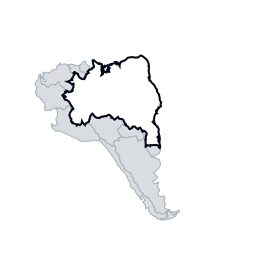 map of Brazil with Argentina, Chile, Uruguay and 7 others greyed out, rotated 320°
{"feature_id": "BRA", "entity_name": "Brazil", "entity_type": "country or territory", "adm_level": 0, "iso_a3": "BRA", "parent_name": "South America", "parent_adm1": "", "projection": "natural_earth1", "projection_center": [-55.283, -14.242], "detail": "fine", "context": "with_neighbors", "style": "outline", "palette": "ink", "viewbox_px": 256, "rotation_deg": 320, "n_neighbors": 10, "source": "natural_earth", "source_scale": "50m", "svg_char_len": 12830}
<svg xmlns="http://www.w3.org/2000/svg" viewBox="0 0 256 256"><g transform="rotate(320 128 128)"><path d="M106.3,218.0L108.4,221.4L111.3,223.0L114.3,223.7L113.4,225.1L111.4,225.2L110.3,224.2L106.7,224.2L106.3,218.0ZM129.5,153.7L128.3,159.0L128.3,161.9L127.8,162.6L127.5,166.0L130.5,168.4L130.2,170.5L131.7,171.7L131.6,173.1L129.4,176.9L125.9,178.4L121.3,179.0L118.7,178.7L119.3,180.5L118.8,182.6L119.3,184.1L117.9,185.1L115.6,185.5L113.4,184.4L112.5,185.2L112.9,188.1L114.5,188.9L115.7,188.0L116.4,189.5L114.4,190.4L112.6,192.2L112.4,195.1L111.9,196.6L109.8,196.6L108.1,198.1L107.6,200.2L109.9,202.3L112.0,202.9L111.4,205.4L108.8,207.0L107.6,210.3L105.7,211.4L104.8,212.7L105.7,215.6L107.3,217.2L99.1,216.3L98.0,214.7L97.9,212.6L96.5,212.7L95.6,211.7L95.2,208.8L96.8,207.5L97.3,205.7L97.0,204.3L98.0,201.9L98.5,198.1L98.2,196.4L99.1,195.9L98.8,194.8L97.7,194.2L98.4,193.0L97.3,191.9L96.6,188.6L97.4,188.0L96.8,184.5L97.7,179.0L99.0,177.9L98.2,175.1L98.0,172.4L99.7,170.5L99.5,168.1L100.8,165.3L100.6,162.6L100.0,162.0L98.7,157.0L100.1,154.0L99.7,151.2L100.5,148.5L102.0,145.8L103.6,144.0L102.9,142.8L103.4,141.9L103.2,137.0L105.8,135.6L106.5,132.6L106.2,131.9L108.2,129.2L111.4,129.9L112.9,132.0L113.8,129.7L116.6,129.8L121.5,135.2L123.5,135.6L126.5,137.8L129.0,138.9L129.4,140.2L127.0,144.6L132.2,145.9L134.1,145.4L136.3,143.2L136.7,140.6L137.9,140.0L139.1,141.7L139.1,144.1L135.4,146.9L129.5,153.7Z" fill="#d9dde1" stroke="#a8b0b8" stroke-width="1"/><path d="M106.3,218.0L106.7,224.2L110.3,224.2L109.6,225.3L107.9,226.2L101.7,224.7L96.6,221.7L93.3,218.6L101.3,222.0L102.3,220.7L102.8,218.8L104.7,217.7L106.3,218.0ZM99.8,116.8L101.1,118.8L101.4,120.9L102.7,122.2L102.0,125.0L103.4,128.2L104.5,132.3L106.2,131.9L106.5,132.6L105.8,135.6L103.2,137.0L103.4,141.9L102.9,142.8L103.6,144.0L102.0,145.8L100.5,148.5L99.7,151.2L100.1,154.0L98.7,157.0L100.0,162.0L100.6,162.6L100.8,165.3L99.5,168.1L99.7,170.5L98.0,172.4L98.2,175.1L99.0,177.9L97.7,179.0L96.8,184.5L97.4,188.0L96.6,188.6L97.3,191.9L98.4,193.0L97.7,194.2L98.8,194.8L99.1,195.9L98.2,196.4L98.5,198.1L98.0,201.9L97.0,204.3L97.3,205.7L96.8,207.5L95.2,208.8L95.6,211.7L96.5,212.7L97.9,212.6L98.0,214.7L99.1,216.3L106.4,217.1L104.4,217.1L101.6,218.7L101.4,221.3L100.5,221.4L98.0,220.5L92.6,217.0L91.7,215.2L92.2,213.6L90.9,211.7L90.2,206.9L90.9,204.2L93.0,202.0L89.6,201.2L91.5,198.7L91.9,193.9L94.5,194.9L95.3,189.0L93.7,188.2L93.2,191.8L91.8,191.4L92.6,182.0L93.6,180.0L92.7,177.2L92.3,173.9L93.3,173.8L95.9,164.4L96.7,160.1L95.9,155.7L96.6,153.3L96.1,149.7L97.4,146.2L98.8,127.9L97.9,119.1L99.2,118.3L99.8,116.8Z" fill="#d9dde1" stroke="#a8b0b8" stroke-width="1"/><path d="M129.5,153.7L131.0,153.4L133.5,155.6L134.3,155.5L138.7,159.0L140.0,161.0L139.0,162.4L139.6,164.0L138.6,165.9L135.9,167.5L134.2,166.9L132.9,167.2L130.7,166.0L129.1,166.0L127.7,164.4L127.8,162.6L128.3,161.9L128.3,159.0L129.5,153.7Z" fill="#d9dde1" stroke="#a8b0b8" stroke-width="1"/><path d="M99.6,97.6L102.8,97.8L103.3,96.9L106.8,94.6L110.0,94.1L109.9,99.4L112.7,102.0L115.4,102.5L116.4,103.5L119.1,105.0L120.7,104.9L122.1,105.8L122.8,109.6L122.1,109.6L123.0,113.0L127.8,113.1L127.4,114.8L127.7,116.0L129.1,116.8L129.6,118.6L129.2,120.9L128.5,122.1L128.8,123.8L128.0,124.4L128.0,123.5L125.7,122.0L123.4,122.0L119.1,122.8L118.0,125.4L117.9,126.9L117.0,130.4L116.6,129.8L113.8,129.7L112.9,132.0L111.4,129.9L108.2,129.2L106.2,131.9L104.5,132.3L103.4,128.2L102.0,125.0L102.7,122.2L101.4,120.9L101.1,118.8L99.8,116.8L101.3,113.7L100.2,111.3L100.7,110.3L100.3,109.2L101.2,107.8L101.3,103.3L101.8,102.3L99.6,97.6Z" fill="#d9dde1" stroke="#a8b0b8" stroke-width="1"/><path d="M98.6,78.3L96.3,78.2L93.9,79.2L91.1,81.1L90.9,82.5L90.3,83.5L90.5,85.1L89.0,85.9L89.1,87.1L88.4,87.7L89.5,90.3L90.9,92.0L90.4,93.3L92.0,93.4L93.0,95.0L95.2,95.1L97.2,93.4L97.1,97.8L98.2,98.1L99.6,97.6L101.8,102.3L101.3,103.3L101.2,107.8L100.3,109.2L100.7,110.3L100.2,111.3L101.3,113.7L99.2,118.3L97.9,119.1L95.4,117.4L95.2,116.2L90.2,113.3L83.7,108.3L82.6,105.9L83.0,105.1L80.8,101.3L74.0,86.7L70.2,83.6L71.0,82.3L69.8,79.6L70.5,77.6L72.5,75.7L72.8,76.9L72.1,77.6L72.2,78.7L74.2,78.8L75.3,80.2L76.7,79.0L77.1,77.1L78.7,74.6L81.7,73.4L84.4,70.4L85.2,68.5L84.8,66.3L85.5,66.0L89.1,69.5L90.6,72.6L92.4,72.9L93.8,72.2L94.7,72.7L96.2,72.4L98.2,73.8L96.6,76.7L97.3,76.8L98.6,78.3Z" fill="#d9dde1" stroke="#a8b0b8" stroke-width="1"/><path d="M106.1,62.2L105.6,62.6L104.4,60.0L103.6,61.0L98.7,60.9L98.8,62.7L100.2,63.0L100.1,64.1L99.6,63.8L98.2,64.3L98.2,66.4L99.3,67.5L99.7,69.1L98.6,78.3L97.3,76.8L96.6,76.7L98.2,73.8L96.2,72.4L94.7,72.7L93.8,72.2L92.4,72.9L90.6,72.6L89.1,69.5L85.5,66.0L84.8,66.3L82.5,64.7L81.8,65.1L79.7,64.7L79.1,63.5L76.1,61.9L75.8,61.0L76.7,60.8L76.6,59.3L77.2,58.3L78.4,58.1L80.5,54.7L79.5,54.0L80.0,52.3L79.5,49.7L80.0,48.9L79.7,46.5L78.7,44.9L79.0,43.5L79.8,43.7L80.3,42.9L79.7,41.2L80.0,40.8L81.3,40.8L83.2,38.8L84.3,38.5L84.8,35.1L86.3,33.8L87.8,33.7L88.0,33.1L90.0,33.3L92.9,31.2L94.2,29.8L95.0,30.0L95.7,30.8L95.2,31.7L93.6,32.2L92.9,33.7L91.2,35.6L90.2,39.4L91.4,39.5L92.3,41.5L92.2,44.4L92.9,44.6L93.4,45.6L96.7,45.3L98.1,45.7L99.8,48.2L104.1,47.7L105.0,48.2L103.9,50.7L103.7,52.8L105.0,56.3L103.8,57.7L105.3,59.4L106.1,62.2Z" fill="#d9dde1" stroke="#a8b0b8" stroke-width="1"/><path d="M119.8,48.6L121.8,51.6L120.9,52.7L116.3,54.3L115.6,54.9L111.7,53.9L111.3,54.1L112.4,54.9L112.6,58.6L114.7,58.9L114.9,59.5L113.1,60.3L112.8,61.5L109.9,62.7L109.4,63.6L107.5,63.8L106.1,62.2L105.3,59.4L103.8,57.7L105.0,56.3L103.7,52.8L103.9,50.7L105.0,48.2L104.1,47.7L99.8,48.2L98.1,45.7L96.7,45.3L93.4,45.6L92.9,44.6L92.2,44.4L92.3,41.5L91.4,39.5L90.2,39.4L91.2,35.6L92.9,33.7L93.6,32.2L95.2,31.7L95.1,32.4L93.6,32.8L94.4,34.1L94.4,35.6L93.3,37.3L94.2,39.6L95.2,39.4L95.8,37.3L95.1,36.3L95.0,34.1L98.1,32.9L97.8,31.5L98.7,30.6L99.5,32.7L101.3,32.7L102.9,34.3L102.9,35.3L107.8,35.0L109.3,36.3L111.2,36.7L112.6,35.8L112.6,35.0L118.7,34.8L116.6,35.7L117.4,37.0L119.4,37.3L121.3,38.7L121.7,41.0L123.0,40.9L123.9,41.6L122.0,43.3L121.7,44.4L122.6,45.5L120.4,46.5L120.5,47.8L119.8,48.6Z" fill="#d9dde1" stroke="#a8b0b8" stroke-width="1"/><path d="M132.0,60.4L130.0,60.2L129.1,61.0L127.2,61.6L126.9,62.2L125.7,62.1L124.2,60.7L123.4,57.9L123.8,55.4L124.5,54.4L123.9,53.1L123.0,52.6L123.4,51.3L122.8,50.7L121.5,50.8L119.8,48.6L120.5,47.8L120.4,46.5L122.6,45.5L121.7,44.4L122.0,43.3L123.9,41.6L125.6,42.7L127.1,44.6L127.2,46.1L128.1,46.1L130.4,48.6L130.0,51.2L128.5,51.9L128.2,54.1L129.3,56.2L130.1,56.2L130.4,57.8L132.0,60.4Z" fill="#d9dde1" stroke="#a8b0b8" stroke-width="1"/><path d="M137.0,59.2L135.6,58.6L133.4,58.6L133.3,60.6L132.0,60.4L130.4,57.8L130.1,56.2L129.3,56.2L128.2,54.1L128.5,51.9L130.0,51.2L130.4,48.6L133.4,49.1L133.7,48.6L135.7,48.4L138.4,49.2L137.1,51.7L137.3,53.7L138.3,55.4L137.0,59.2Z" fill="#d9dde1" stroke="#a8b0b8" stroke-width="1"/><path d="M128.0,123.5L128.8,126.0L128.6,130.0L131.2,130.5L132.2,130.0L133.8,130.7L134.3,131.6L134.8,135.4L135.7,135.5L136.6,135.1L137.5,135.6L137.5,137.2L136.3,143.2L134.1,145.4L132.2,145.9L127.0,144.6L129.4,140.2L129.0,138.9L126.5,137.8L123.5,135.6L121.5,135.2L117.0,130.4L117.9,126.9L118.0,125.4L119.1,122.8L123.4,122.0L125.7,122.0L128.0,123.5Z" fill="#d9dde1" stroke="#a8b0b8" stroke-width="1"/><path d="M106.1,62.3L107.4,63.6L108.1,63.6L109.1,63.0L109.5,63.4L109.4,63.9L109.6,63.9L110.5,62.7L112.8,61.4L113.3,60.3L114.7,59.6L114.8,58.9L113.2,58.6L113.3,58.1L112.7,56.6L112.7,55.5L111.6,54.2L111.3,53.5L111.9,53.9L112.8,53.9L113.2,54.5L114.9,54.4L115.9,55.5L116.2,55.5L116.4,55.2L116.5,54.2L117.3,53.8L117.9,54.0L118.7,53.7L120.1,52.8L120.8,52.7L121.7,51.7L121.5,50.8L121.7,50.7L123.0,50.7L123.3,51.1L122.9,52.7L124.0,53.2L124.0,53.6L124.4,54.5L123.7,55.5L123.7,56.2L123.3,58.1L123.6,59.0L123.9,59.3L123.9,60.4L124.1,60.8L125.2,61.9L126.1,62.4L127.0,62.1L127.0,61.7L127.4,61.3L128.2,61.5L128.3,61.1L129.3,60.9L129.9,60.2L130.5,60.0L131.2,60.4L132.1,60.2L133.4,60.5L133.5,60.0L133.0,59.3L133.4,58.6L134.0,58.9L135.9,58.3L136.7,59.1L138.0,59.7L138.9,59.0L139.5,59.3L140.0,59.1L140.2,59.5L140.9,59.5L141.7,58.8L142.5,56.7L144.4,53.4L144.7,53.4L145.3,54.0L146.5,59.7L146.8,59.8L147.2,60.6L148.4,61.1L148.6,62.5L147.6,63.4L146.4,65.2L145.1,66.1L144.1,68.1L144.0,68.8L143.5,69.3L143.4,69.8L142.7,69.8L141.7,70.4L142.8,70.6L143.5,70.5L146.1,68.6L146.2,68.9L146.0,69.1L146.6,71.0L147.3,71.7L148.3,71.2L149.0,71.4L150.0,70.9L149.2,73.6L149.7,73.1L150.3,71.4L150.8,71.2L151.6,70.2L152.2,70.5L152.5,70.2L152.2,69.9L152.2,69.2L153.0,68.0L154.4,67.8L154.8,68.1L154.7,67.7L155.2,67.7L156.3,68.1L156.8,68.7L157.8,68.9L159.2,69.8L159.7,69.8L160.0,70.8L160.6,70.1L161.5,70.9L161.4,71.1L161.7,70.9L162.0,71.8L161.4,72.4L161.7,72.7L162.3,72.1L162.4,72.7L162.0,72.8L161.9,73.3L161.5,75.1L162.2,74.4L162.8,73.0L163.1,73.1L162.9,74.0L163.5,73.3L164.7,73.1L164.9,72.7L166.0,73.0L167.7,74.0L168.7,73.8L169.6,74.3L172.2,74.0L173.4,74.2L177.1,76.6L178.2,78.1L179.3,79.2L180.1,79.5L180.4,80.1L181.8,80.6L183.4,80.5L184.4,80.7L185.2,82.0L186.2,87.0L186.1,89.0L185.8,90.2L185.3,91.7L184.2,93.5L183.8,94.0L183.4,93.9L183.4,94.4L182.1,96.2L180.8,97.2L179.7,98.9L179.7,98.5L178.8,100.9L177.4,103.1L176.8,103.4L176.7,102.9L176.3,102.5L175.9,102.9L176.1,103.3L175.9,104.0L175.4,104.6L175.3,105.3L175.5,105.3L175.4,106.6L175.5,106.7L175.3,108.3L175.7,111.9L174.8,115.7L174.9,117.2L173.6,118.8L173.2,122.6L172.7,123.1L171.6,125.5L170.6,126.5L170.2,127.5L170.0,128.3L170.0,129.7L168.3,130.6L167.6,131.4L167.7,132.0L167.4,132.5L165.2,132.5L164.7,131.8L164.5,132.0L164.5,132.6L162.9,132.9L162.7,132.8L163.4,132.7L163.0,132.4L161.1,132.8L161.0,133.2L161.2,133.4L159.4,134.4L159.0,135.0L157.8,134.9L155.6,136.2L152.8,138.6L153.0,138.7L153.0,138.9L152.3,139.7L152.3,139.4L151.8,139.2L151.6,139.7L151.0,139.5L151.1,139.9L151.8,140.2L151.4,140.8L151.1,140.9L151.4,141.2L151.2,141.9L150.9,142.2L151.2,142.6L151.1,143.4L151.4,144.9L151.1,145.9L151.2,147.4L150.7,148.9L149.6,149.7L148.4,151.2L147.0,154.3L145.5,156.7L142.8,159.2L142.8,158.4L143.2,158.5L143.7,158.2L144.7,157.3L144.9,156.3L145.4,156.2L145.5,155.7L146.1,155.1L146.0,154.3L146.4,154.3L146.4,153.8L145.3,154.1L144.6,153.1L144.7,153.7L145.0,154.1L144.7,155.2L144.1,156.3L143.0,157.1L142.5,158.5L142.6,159.4L141.3,162.2L139.6,163.9L139.2,163.7L139.3,162.3L140.2,161.0L139.1,160.0L138.7,159.0L137.6,158.4L136.8,157.4L135.4,156.8L134.3,155.5L133.8,156.1L133.4,156.2L133.3,155.3L131.4,153.3L130.7,153.5L130.5,153.9L129.5,153.6L131.1,151.9L133.6,148.3L134.1,148.3L134.0,147.8L135.5,146.8L136.2,145.9L137.4,145.5L138.6,144.6L138.9,143.9L139.0,142.0L138.5,140.4L138.2,140.1L136.7,140.1L137.2,138.8L137.5,135.9L137.6,135.7L136.7,135.0L135.3,135.6L134.8,135.4L134.2,132.3L134.3,131.7L133.8,130.7L132.7,130.5L132.3,129.9L131.8,130.4L131.1,130.5L128.8,130.1L128.5,129.8L128.9,126.8L128.0,124.4L128.8,123.8L128.1,123.1L129.1,121.1L128.9,120.7L129.6,118.7L128.8,116.7L128.4,116.7L127.4,115.8L127.2,114.3L127.5,113.1L123.0,113.0L122.8,110.7L122.0,109.6L122.7,109.6L122.7,108.2L122.2,107.0L122.4,106.5L122.1,105.8L120.7,105.0L119.0,105.1L118.1,104.0L116.5,103.5L115.8,102.6L115.1,102.6L114.2,102.0L113.6,102.2L112.4,101.9L112.2,101.4L111.0,100.6L110.7,99.9L109.9,98.5L110.1,97.8L109.8,96.3L110.1,95.3L109.9,94.0L107.0,94.5L104.9,96.0L104.1,96.8L103.3,96.9L102.7,97.7L101.9,98.1L100.4,97.6L98.6,97.5L97.6,97.9L97.1,97.6L96.9,97.8L96.8,94.3L97.1,93.2L95.3,94.7L93.0,94.9L93.0,94.4L92.5,93.4L90.4,93.1L91.0,92.3L91.0,91.9L89.5,90.0L88.9,88.9L89.1,88.4L88.4,87.8L88.5,87.2L89.1,87.0L88.8,86.4L89.0,85.9L90.5,84.6L90.2,83.5L90.9,82.2L91.1,80.7L93.7,78.9L95.9,78.5L96.3,78.0L97.3,77.9L97.7,78.3L98.4,78.3L99.8,69.3L99.2,68.1L99.2,67.3L98.1,66.3L98.1,64.2L99.6,63.8L100.4,64.0L100.4,63.4L100.0,62.8L98.6,62.8L98.6,60.9L99.4,60.7L102.8,60.9L102.6,60.5L102.8,60.1L103.4,60.8L104.8,59.7L105.5,60.9L105.6,62.4L106.1,62.3ZM149.3,66.5L150.5,66.3L152.4,66.7L151.9,68.5L151.2,69.4L151.2,69.9L150.7,70.3L150.4,70.0L150.2,70.5L149.6,70.2L149.4,70.8L148.8,71.1L148.2,70.8L147.1,71.0L146.4,69.5L146.5,69.1L146.9,69.1L146.5,69.0L146.3,68.5L146.7,66.7L147.7,66.2L149.3,66.5ZM145.1,68.8L143.5,70.1L144.1,69.0L144.1,68.3L144.5,67.7L145.2,67.4L145.4,67.8L145.1,68.8ZM147.6,65.2L149.1,65.2L148.5,65.9L147.5,65.7L147.6,65.2ZM147.5,65.1L147.2,65.9L146.8,65.7L147.4,64.2L147.5,65.1ZM149.7,66.2L149.1,66.3L148.8,66.1L149.6,65.6L149.9,65.9L149.7,66.2ZM146.7,66.2L146.0,66.8L145.7,66.5L145.8,66.2L146.2,66.0L146.7,66.0L146.7,66.2ZM147.9,64.7L147.7,64.8L147.6,64.4L148.2,64.0L147.9,64.7ZM147.6,60.3L147.2,60.3L147.1,59.7L147.5,59.7L147.6,60.3ZM151.7,145.4L151.3,146.7L151.4,146.0L151.7,145.4ZM159.4,134.7L159.5,135.4L159.1,135.2L159.4,134.7ZM151.3,142.5L151.1,142.2L151.4,141.9L151.5,142.0L151.3,142.5ZM162.1,74.4L161.8,74.7L161.9,73.9L162.1,73.7L162.1,74.4ZM176.5,103.5L176.1,103.7L176.4,103.2L176.5,103.5ZM162.3,133.0L161.9,133.2L162.0,132.8L162.3,133.0ZM175.8,104.7L175.6,105.1L175.5,104.8L175.8,104.7ZM161.1,69.7L160.9,69.9L160.9,69.5L161.1,69.7Z" fill="none" stroke="#020617" stroke-width="2"/></g></svg>